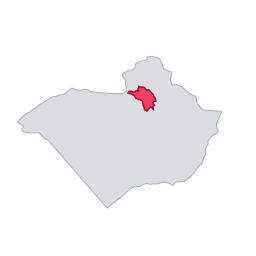 Nwoya highlighted on a map of Uganda, rotated 49°
{"feature_id": "UGA-5625", "entity_name": "Nwoya", "entity_type": "District", "adm_level": 1, "iso_a3": "UGA", "parent_name": "Uganda", "parent_adm1": "", "projection": "mercator", "projection_center": [31.834, 2.49], "detail": "fine", "context": "in_parent", "style": "filled", "palette": "rose", "viewbox_px": 256, "rotation_deg": 49, "n_neighbors": 0, "source": "natural_earth", "source_scale": "10m", "svg_char_len": 3307}
<svg xmlns="http://www.w3.org/2000/svg" viewBox="0 0 256 256"><g transform="rotate(49 128 128)"><path d="M174.9,196.3L171.7,196.3L166.6,196.3L161.5,196.3L156.4,196.3L151.3,196.3L146.2,196.3L141.1,196.3L136.0,196.3L130.9,196.3L125.8,196.3L120.7,196.3L115.6,196.3L110.5,196.3L105.4,196.3L100.3,196.3L95.2,196.3L90.1,196.3L87.1,196.3L86.5,196.2L86.1,196.1L84.2,196.4L82.2,197.7L80.0,198.2L77.8,198.0L77.5,198.1L76.3,198.1L74.7,198.0L73.2,198.4L72.1,199.5L70.9,201.3L68.8,203.5L67.2,205.4L65.8,206.8L62.6,209.0L60.9,209.7L60.0,209.6L59.5,209.2L58.5,206.3L57.8,205.8L51.7,207.3L50.7,207.3L50.8,206.4L50.4,199.7L50.3,195.6L51.1,193.0L51.6,190.0L51.6,187.4L52.8,182.9L52.3,180.2L53.8,170.8L54.2,169.2L54.8,164.7L55.7,163.3L56.5,162.7L57.5,159.9L59.6,155.5L61.0,153.2L60.7,148.2L60.9,144.8L61.2,144.0L64.2,142.7L68.1,139.6L69.8,135.9L72.1,133.5L76.6,132.0L89.9,119.2L96.1,112.3L98.8,108.8L98.9,107.6L99.4,105.9L98.3,104.6L97.0,103.4L96.6,102.4L95.5,101.8L93.9,101.8L92.9,101.1L91.7,99.5L90.5,98.5L86.7,98.6L83.8,97.0L83.8,94.9L84.9,90.6L87.2,85.8L87.3,84.4L87.0,83.3L86.4,82.3L85.4,81.3L84.5,80.2L85.2,76.7L86.6,73.3L87.8,71.6L88.9,69.6L88.6,68.1L86.9,67.3L87.8,65.7L89.5,63.2L92.9,60.5L95.9,58.8L97.9,58.8L101.8,60.2L105.3,61.8L107.3,61.9L109.6,61.2L114.5,58.3L115.6,59.2L117.0,61.0L118.6,63.9L121.6,65.3L123.1,66.2L124.2,66.5L124.7,66.2L125.9,63.9L127.3,62.7L129.9,61.1L135.6,59.8L139.7,59.4L141.4,59.2L144.3,58.4L148.9,56.1L153.4,59.1L158.3,59.7L163.0,59.7L164.4,58.8L165.3,58.1L170.2,53.1L177.0,46.3L181.4,55.8L183.0,56.4L182.8,57.2L182.4,58.0L185.3,60.3L188.9,61.5L190.2,62.7L190.3,64.0L189.1,69.5L189.3,71.1L190.5,76.7L192.6,77.9L194.5,83.5L198.4,85.9L198.9,86.6L199.8,89.3L201.0,92.3L201.9,93.0L202.5,93.2L203.6,96.3L203.0,98.1L203.9,103.5L205.3,108.3L205.7,114.1L205.7,116.6L205.7,118.2L205.3,120.3L204.6,121.6L203.4,122.8L202.1,124.8L200.9,126.9L200.1,127.9L200.7,131.0L200.6,131.8L200.2,132.2L198.5,132.7L196.3,133.5L194.9,134.3L193.0,135.9L191.5,137.6L189.4,142.6L186.0,146.5L185.5,147.8L182.3,150.1L180.8,153.0L180.0,156.5L178.7,159.1L176.0,162.5L175.4,168.0L175.5,178.9L174.8,191.4L174.9,196.3Z" fill="#d9dde1" stroke="#a8b0b8" stroke-width="1"/><path d="M130.6,96.6L129.5,96.8L128.3,96.6L127.2,96.9L127.0,98.1L127.2,100.4L127.7,102.7L126.7,102.7L126.4,102.7L126.2,102.9L125.7,103.3L125.4,103.5L124.7,103.5L123.8,102.7L122.9,102.4L122.2,102.1L121.9,101.9L121.0,101.8L120.7,101.7L119.6,100.7L119.0,100.4L118.3,99.9L118.0,99.8L117.6,99.7L117.3,99.7L117.1,99.7L116.8,99.6L116.3,99.8L115.1,100.0L114.6,100.2L114.2,100.5L113.2,101.5L110.5,102.5L110.0,102.5L109.8,102.5L109.4,102.2L109.2,102.1L107.2,102.1L106.8,102.3L105.8,102.8L104.4,103.2L103.0,104.2L102.2,104.5L101.5,105.0L101.1,103.3L101.3,102.6L102.4,101.4L103.8,100.7L104.5,100.3L105.0,99.9L105.1,99.2L105.2,98.4L105.2,98.0L105.3,97.3L105.6,96.8L106.0,96.6L106.4,96.5L106.6,96.3L106.7,96.0L106.7,95.7L106.3,95.5L106.0,95.6L105.8,95.6L105.3,95.2L104.8,94.0L104.5,93.4L104.1,92.9L103.7,92.4L105.0,92.0L105.9,91.1L107.2,89.7L108.4,89.1L111.8,89.1L112.2,87.9L113.0,87.2L119.8,87.1L120.8,87.7L121.9,87.8L123.2,87.8L124.2,88.6L125.4,88.9L126.0,89.2L125.6,90.1L125.1,90.8L124.9,91.6L125.3,92.5L126.1,93.0L127.9,93.1L127.8,93.4L127.9,94.0L128.0,94.6L128.4,95.3L129.2,95.8L130.1,96.1L130.6,96.6Z" fill="#f43f5e" stroke="#9f1239" stroke-width="1.5"/></g></svg>